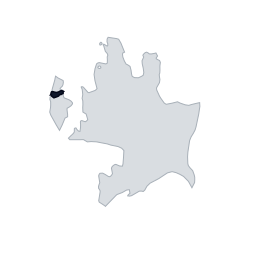 Kangarli District, Babək, Azerbaijan (highlighted), rotated 47°
{"feature_id": "54616110B75082210580506", "entity_name": "Kangarli District", "entity_type": "district", "adm_level": 2, "iso_a3": "AZE", "parent_name": "Azerbaijan", "parent_adm1": "Babək", "projection": "equal_earth", "projection_center": [45.21, 39.448], "detail": "fine", "context": "in_parent", "style": "filled", "palette": "ink", "viewbox_px": 256, "rotation_deg": 47, "n_neighbors": 0, "source": "geoboundaries", "source_scale": "gbopen_adm2", "svg_char_len": 3932}
<svg xmlns="http://www.w3.org/2000/svg" viewBox="0 0 256 256"><g transform="rotate(47 128 128)"><path d="M169.9,198.0L169.0,198.0L162.6,199.6L161.2,199.0L155.6,191.8L154.4,191.0L152.0,190.6L150.6,189.4L149.5,187.5L148.8,186.0L143.0,182.1L142.2,180.7L142.0,179.4L142.9,178.3L143.8,177.3L146.6,176.3L149.8,175.5L150.9,174.9L151.4,173.8L151.3,172.2L150.8,170.5L146.1,167.5L145.5,166.2L145.4,164.7L145.6,163.0L146.3,161.7L150.1,160.0L152.1,158.1L150.8,156.1L146.6,151.5L141.7,146.4L138.5,146.4L134.8,147.9L128.8,152.2L125.5,154.0L121.3,157.1L116.6,160.5L112.8,164.2L110.4,167.2L106.1,168.5L103.9,171.0L96.8,178.6L94.8,178.5L94.7,174.7L94.7,171.7L94.3,170.0L91.9,167.7L91.9,166.7L92.5,166.0L94.3,166.4L96.6,166.3L97.7,165.4L95.2,162.3L93.0,160.2L91.2,158.8L90.7,158.0L90.7,157.4L91.1,156.7L94.3,155.0L94.6,153.4L94.4,151.7L89.3,149.1L85.6,150.1L82.2,147.2L80.1,145.0L77.4,142.6L75.0,141.3L72.7,138.3L68.6,135.2L66.1,134.3L66.1,133.9L66.6,133.3L67.7,132.8L74.8,133.0L75.6,132.4L76.1,131.1L77.0,129.1L78.2,126.2L78.1,123.8L70.9,119.9L65.7,116.3L62.1,111.6L59.7,107.3L59.8,105.9L60.5,104.5L66.0,100.5L66.4,99.5L66.3,98.8L64.3,96.8L61.8,94.7L61.0,93.1L59.5,92.4L56.5,92.3L51.3,89.7L50.2,89.5L50.0,89.0L50.2,88.5L53.9,87.4L53.9,86.6L52.7,85.4L50.7,84.6L48.7,82.6L48.1,80.7L54.8,75.4L56.7,74.3L61.1,75.3L70.2,78.8L69.6,80.8L70.5,81.9L72.6,83.4L76.6,85.0L80.0,85.8L81.7,85.1L84.3,84.5L87.7,86.3L90.8,88.5L92.4,89.4L93.2,89.7L95.6,88.9L98.4,86.1L99.5,82.6L99.8,80.9L98.2,78.6L94.7,76.1L90.9,73.9L88.4,71.9L86.8,68.1L85.2,67.7L84.8,67.2L84.6,65.9L84.6,64.1L85.2,62.7L86.7,62.1L88.3,61.9L89.7,60.5L91.4,57.9L92.2,56.4L95.5,57.3L96.0,59.6L96.6,60.1L97.9,59.8L100.2,58.9L102.1,59.6L104.4,62.4L107.7,65.4L109.5,67.3L110.2,68.7L111.9,70.0L114.3,71.6L116.3,74.1L118.1,79.8L119.8,81.1L126.1,83.2L128.4,83.7L134.5,84.5L136.7,83.9L139.8,79.0L142.6,73.9L145.3,72.9L150.0,70.4L152.9,68.1L154.1,65.6L156.7,61.0L158.3,58.3L161.2,60.7L166.2,67.0L173.5,77.4L175.2,80.3L176.4,83.7L177.5,87.8L179.2,91.5L186.5,100.7L189.7,104.1L194.8,108.5L196.6,109.5L199.0,109.8L203.3,109.8L207.3,111.5L209.4,112.7L211.4,114.5L213.3,116.5L215.3,122.0L208.3,120.2L201.3,120.4L197.4,121.6L193.6,123.2L190.0,125.5L187.7,129.8L186.0,140.0L183.4,149.5L183.5,153.9L184.9,158.2L184.8,160.2L183.5,161.0L181.9,162.8L179.9,171.6L178.8,173.4L177.4,174.5L177.0,173.4L177.1,171.1L174.0,169.1L172.4,171.4L171.3,176.2L169.2,181.3L169.1,182.3L169.9,198.0ZM65.2,108.2L65.5,106.8L64.6,106.2L63.7,106.2L62.9,106.9L62.9,108.6L64.0,108.9L65.2,108.2ZM42.2,147.8L41.2,146.4L40.7,145.6L43.8,145.0L49.0,143.1L50.4,144.0L51.9,145.9L52.6,147.5L52.7,150.6L53.4,151.1L55.9,150.0L57.0,151.3L58.9,152.7L62.3,154.2L67.1,151.9L69.5,151.3L71.5,151.4L72.5,152.1L72.9,154.5L72.5,157.4L72.0,159.0L73.0,160.1L77.0,163.0L78.6,164.5L77.8,167.3L80.8,173.9L81.8,176.5L83.0,179.7L76.9,178.4L66.0,175.7L63.0,174.4L60.2,170.7L58.5,168.9L56.0,166.6L53.9,165.7L52.4,164.1L51.5,161.7L50.2,159.6L48.0,157.1L42.9,148.7L42.2,147.8ZM48.7,91.4L48.1,91.9L47.1,91.4L46.7,90.4L46.8,89.3L47.8,89.1L48.7,89.4L48.9,90.4L48.7,91.4Z" fill="#d9dde1" stroke="#a8b0b8" stroke-width="1"/><path d="M58.4,151.9L58.3,151.6L57.8,151.4L57.6,151.0L57.4,150.7L57.4,150.4L57.4,150.1L57.1,150.2L56.7,150.3L56.4,150.5L56.1,150.7L55.6,150.9L55.3,151.2L55.1,151.5L54.9,151.9L54.8,152.2L54.6,152.8L54.5,153.2L54.5,153.7L54.3,154.0L54.1,154.4L54.0,154.7L53.8,155.0L53.7,155.4L53.6,155.6L53.3,155.9L53.1,156.2L52.7,156.5L52.4,156.7L51.9,157.1L51.6,157.3L51.2,157.5L50.7,157.8L50.3,158.1L49.9,158.3L49.5,158.9L49.4,159.3L49.7,159.8L49.8,160.1L49.9,160.4L50.4,161.0L50.7,161.4L51.0,161.9L51.0,162.0L51.2,161.8L51.8,161.8L52.5,162.0L53.0,162.1L53.4,161.9L54.1,161.9L54.9,161.7L55.4,161.6L55.6,161.1L55.8,160.7L55.9,160.2L56.2,159.9L56.4,159.2L56.7,158.6L56.9,158.0L57.1,157.5L57.3,156.9L57.2,156.4L57.0,155.5L57.1,154.9L57.6,154.6L57.9,154.1L57.9,153.8L58.1,152.9L58.3,152.3L58.3,151.9L58.4,151.9Z" fill="#0f172a" stroke="#020617" stroke-width="1.5"/></g></svg>